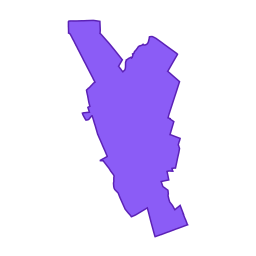 outline of Dascalu, Ilfov, Romania, rotated 267°
{"feature_id": "2599482B8642066651605", "entity_name": "Dascalu", "entity_type": "district", "adm_level": 2, "iso_a3": "ROU", "parent_name": "Romania", "parent_adm1": "Ilfov", "projection": "natural_earth1", "projection_center": [26.247, 44.602], "detail": "fine", "context": "isolated", "style": "filled", "palette": "violet", "viewbox_px": 256, "rotation_deg": 267, "n_neighbors": 0, "source": "geoboundaries", "source_scale": "gbopen_adm2", "svg_char_len": 5529}
<svg xmlns="http://www.w3.org/2000/svg" viewBox="0 0 256 256"><g transform="rotate(267 128 128)"><path d="M225.9,73.6L225.6,74.3L225.3,74.7L224.9,75.0L224.6,75.3L224.2,75.5L223.9,75.6L223.7,75.7L223.1,76.0L222.6,76.2L222.2,76.4L221.6,76.7L220.9,77.0L220.3,77.2L219.5,77.6L219.1,77.8L218.7,78.0L218.1,78.3L217.0,78.8L216.3,79.1L215.5,79.4L214.7,79.8L214.1,80.1L213.7,80.2L213.0,80.5L212.3,80.9L211.6,81.2L211.1,81.4L210.7,81.6L209.9,81.9L209.5,82.1L209.2,82.2L208.5,82.6L208.2,82.7L207.8,82.9L207.4,83.1L207.0,83.2L206.5,83.5L205.6,83.9L205.3,84.0L204.8,84.2L204.4,84.4L203.4,84.9L203.0,85.0L202.5,85.3L202.0,85.5L201.3,85.8L200.7,86.1L200.3,86.3L199.8,86.5L198.3,87.1L196.6,87.9L195.7,88.3L194.3,89.0L193.3,89.4L192.2,89.9L190.6,90.6L189.1,91.3L188.2,91.7L186.9,92.3L185.1,93.1L183.4,93.9L182.2,94.4L180.8,95.1L178.3,96.1L176.9,96.8L176.2,97.1L175.5,97.4L175.4,97.2L174.9,96.4L174.7,96.1L174.6,95.9L174.0,95.3L173.5,94.8L172.5,93.8L172.3,93.5L171.5,92.7L171.2,92.4L170.7,91.9L170.5,91.6L169.9,90.9L169.8,90.6L169.7,90.4L169.5,90.2L169.4,90.1L169.2,90.0L168.1,88.6L167.7,88.5L167.1,88.6L166.9,88.7L166.2,88.7L165.9,88.8L165.1,88.9L163.8,89.1L162.2,89.4L161.3,89.5L159.0,89.8L157.5,90.0L155.9,90.2L154.4,90.5L152.9,90.8L151.6,91.1L150.7,89.0L145.8,90.3L145.7,89.6L145.7,88.1L145.6,86.9L145.5,84.4L145.3,83.6L145.2,83.2L144.5,83.4L143.5,83.7L142.4,84.2L141.5,84.6L140.5,85.1L139.5,85.6L138.8,86.0L138.3,86.2L138.1,86.4L138.1,86.6L138.1,87.1L138.2,87.8L138.3,88.4L138.6,89.2L139.1,89.7L140.3,90.8L140.8,91.2L141.5,91.9L142.1,92.5L142.0,92.9L141.3,93.0L139.5,93.5L138.0,93.9L134.1,94.8L131.9,95.4L123.7,97.3L123.2,97.4L123.1,97.5L120.1,98.6L116.5,100.0L115.3,100.4L114.6,100.7L113.7,101.0L113.3,101.2L112.3,101.5L107.6,103.3L106.9,103.6L102.1,105.3L101.3,105.7L100.6,105.7L97.3,98.9L97.2,98.7L96.8,98.7L96.7,99.7L96.6,101.0L96.6,101.4L96.6,101.5L95.1,102.5L90.6,105.6L89.1,106.7L88.4,107.1L87.9,107.4L86.0,108.4L84.8,109.2L83.2,110.3L82.3,110.9L81.4,111.4L80.6,111.6L80.0,111.4L79.6,111.3L78.4,111.2L77.1,111.1L75.7,111.1L75.1,111.0L74.1,110.7L73.3,110.6L73.2,110.6L70.4,110.7L69.7,110.8L68.9,110.9L67.8,111.3L67.1,111.7L66.5,112.2L63.9,114.5L63.5,114.8L59.0,116.3L47.1,120.9L43.0,123.9L41.1,125.5L40.6,125.8L40.4,126.0L39.9,126.3L39.4,126.6L39.2,126.7L39.2,126.9L39.8,128.4L40.2,129.6L40.6,130.5L40.7,130.9L47.2,143.1L43.5,143.9L42.1,144.2L37.6,145.1L33.1,146.0L21.1,148.6L18.1,149.3L18.1,149.7L18.5,150.8L18.9,152.2L19.2,153.3L19.5,154.2L19.8,155.2L19.8,155.3L19.8,155.6L20.2,156.7L20.7,158.3L21.9,162.0L22.3,163.6L22.6,164.4L23.0,165.7L23.3,166.6L23.7,167.9L23.8,168.3L23.9,168.5L24.7,170.9L24.9,171.7L25.3,173.0L25.5,173.7L25.6,174.0L26.8,177.9L26.9,178.2L27.3,179.4L27.7,180.8L27.8,181.0L27.9,181.3L28.0,181.8L28.2,182.4L28.3,182.3L30.3,181.7L33.1,180.8L35.1,180.0L39.1,178.7L39.1,178.9L48.0,176.0L46.6,174.2L45.9,173.1L44.7,171.5L44.0,170.7L43.9,170.5L44.1,170.4L44.5,170.2L44.9,170.0L45.5,169.7L46.6,169.2L47.3,168.8L48.4,168.3L49.5,167.5L50.1,167.1L51.5,166.1L51.9,165.8L52.0,165.8L52.3,165.7L52.8,165.6L53.4,165.4L53.6,165.4L54.6,165.1L55.3,165.0L56.0,164.8L56.6,164.8L57.3,164.6L57.5,164.6L58.1,164.5L58.8,164.5L59.1,164.5L59.4,164.6L59.9,164.8L60.6,164.8L61.0,164.8L61.6,164.7L63.0,164.7L63.6,164.6L63.9,164.5L64.8,163.3L66.0,161.9L67.1,160.5L67.7,159.8L67.9,159.7L68.9,159.4L72.8,158.3L73.5,162.6L74.0,166.0L76.7,165.6L78.1,165.4L78.8,165.3L79.3,165.2L80.2,165.1L81.0,164.9L81.6,164.9L82.6,164.7L82.9,166.3L82.9,167.0L82.5,170.5L83.0,170.4L83.5,170.2L84.3,170.0L85.2,169.8L85.4,169.8L85.6,172.8L85.5,173.3L85.8,173.4L93.7,175.5L94.9,175.8L96.7,176.3L100.9,177.5L104.4,178.3L104.8,178.4L105.3,178.3L105.9,178.1L107.0,177.8L107.6,177.7L108.1,177.4L108.6,177.3L109.5,177.6L110.7,178.0L112.0,178.5L112.6,178.8L112.9,178.9L113.3,179.0L114.2,179.3L114.9,179.5L117.5,173.6L119.0,170.3L119.2,169.6L132.0,174.1L133.0,172.8L134.8,170.4L135.2,170.6L136.1,168.5L136.3,168.6L138.2,169.2L139.2,169.5L155.9,175.9L162.1,178.3L171.6,181.9L182.6,170.6L182.9,170.9L186.8,173.4L192.7,177.2L198.8,181.2L199.1,181.3L199.5,180.8L199.8,180.7L205.1,174.1L209.8,168.3L211.0,166.9L216.0,160.7L217.5,158.2L217.6,157.9L217.9,157.4L218.1,156.7L218.1,156.4L218.1,155.7L218.1,155.3L218.0,155.0L218.0,154.4L217.9,154.3L217.9,154.2L217.7,154.0L216.8,154.0L215.5,153.6L213.5,153.0L213.4,153.0L213.3,152.9L213.2,152.9L212.8,152.8L212.6,152.7L211.2,151.8L211.0,151.5L210.5,150.7L210.2,150.2L210.0,149.2L210.1,148.2L210.4,147.6L210.8,147.4L210.1,146.5L209.7,145.5L209.6,145.0L209.4,144.3L209.5,144.2L209.1,143.3L208.8,142.7L207.2,141.5L206.0,140.5L205.3,139.9L204.8,139.3L203.7,138.3L203.1,138.2L202.4,137.8L202.4,137.7L201.6,137.0L201.6,136.8L201.7,136.6L202.2,136.1L201.3,136.5L201.0,136.7L200.7,136.7L200.0,136.5L198.3,135.9L198.0,135.6L197.7,135.2L198.5,134.7L198.1,133.7L197.9,133.6L197.6,132.5L196.0,130.1L196.2,129.3L195.9,129.7L195.5,129.9L193.9,129.0L190.7,128.8L189.1,128.7L187.5,128.4L186.2,127.9L184.4,125.8L184.9,125.4L185.3,125.1L186.0,124.6L186.9,124.0L187.2,123.9L187.5,123.6L188.4,123.0L189.0,122.6L190.0,122.0L190.2,121.8L191.0,122.4L195.5,125.3L196.4,125.9L206.9,118.4L211.8,114.8L214.2,113.0L216.3,111.3L222.1,106.7L223.2,105.8L223.9,105.0L224.1,104.9L224.3,105.1L226.2,105.3L227.0,105.4L227.4,105.4L236.0,105.5L237.2,99.5L237.3,97.9L237.4,92.4L237.4,91.5L237.4,89.1L237.4,88.8L237.5,87.6L237.6,81.6L237.7,79.9L237.8,78.3L237.9,76.9L237.9,74.8L237.9,74.6L237.6,74.3L237.4,74.1L237.1,74.1L236.8,74.0L235.9,74.0L234.6,73.9L233.6,73.9L233.1,73.8L231.3,73.8L227.6,73.7L225.9,73.6Z" fill="#8b5cf6" stroke="#5b21b6" stroke-width="1.5"/></g></svg>